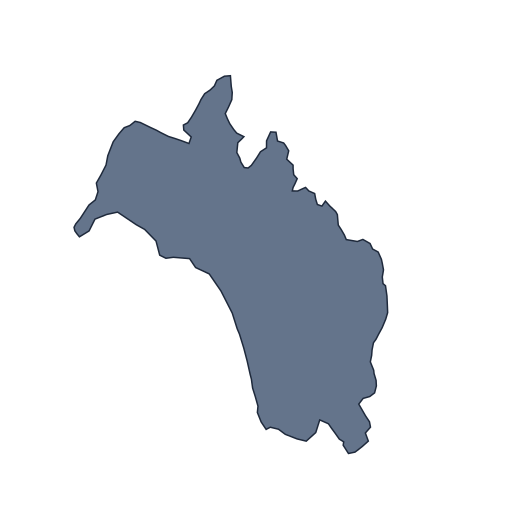 Episkopi Lemesou, Limassol, Cyprus, rotated 24°
{"feature_id": "46923920B6268683542966", "entity_name": "Episkopi Lemesou", "entity_type": "district", "adm_level": 2, "iso_a3": "CYP", "parent_name": "Cyprus", "parent_adm1": "Limassol", "projection": "robinson", "projection_center": [32.883, 34.674], "detail": "fine", "context": "isolated", "style": "filled", "palette": "slate", "viewbox_px": 512, "rotation_deg": 24, "n_neighbors": 0, "source": "geoboundaries", "source_scale": "gbopen_adm2", "svg_char_len": 2295}
<svg xmlns="http://www.w3.org/2000/svg" viewBox="0 0 512 512"><g transform="rotate(24 256 256)"><path d="M78.1,303.8L80.3,306.7L83.3,308.5L86.9,310.3L93.3,301.0L93.9,287.8L102.7,278.8L111.7,272.2L133.8,276.1L143.5,277.0L158.6,283.0L167.7,294.4L174.6,294.7L181.0,290.8L196.4,285.4L205.5,291.1L220.6,291.4L238.2,302.2L257.5,317.8L268.4,330.1L272.6,334.0L282.3,345.1L290.7,355.6L298.8,366.5L301.9,370.4L306.6,378.0L312.6,384.8L318.9,392.4L320.9,398.4L328.2,405.5L335.8,410.3L336.3,409.6L338.7,406.6L347.0,405.1L355.3,407.0L367.9,406.4L377.2,404.7L382.4,393.0L380.9,379.8L390.4,379.8L394.8,382.5L400.4,385.7L406.6,389.4L411.7,390.1L412.6,393.4L420.8,398.8L426.2,394.9L428.4,390.9L430.6,386.7L433.9,379.4L427.9,373.2L430.2,365.8L427.1,361.3L421.1,357.5L410.1,349.5L411.8,342.5L417.1,338.1L420.0,332.8L418.8,325.7L417.5,323.2L416.3,320.8L411.6,315.3L410.0,312.5L403.5,306.2L402.1,299.8L400.2,294.5L398.6,287.5L399.5,283.2L399.8,277.6L400.4,270.2L400.2,260.9L399.3,254.2L396.4,248.3L391.9,239.3L386.4,230.5L383.3,229.6L379.9,223.8L379.1,220.6L378.1,216.8L374.4,211.4L371.9,208.0L366.0,202.7L359.7,202.2L355.1,198.2L346.9,197.4L342.7,201.5L331.8,204.3L328.2,200.9L323.1,197.2L318.6,194.3L316.7,190.9L313.5,185.1L310.7,183.0L302.8,180.2L297.1,177.6L295.9,183.6L291.1,184.0L287.5,179.9L284.2,175.1L277.8,175.1L273.4,173.2L272.0,174.7L267.6,179.7L262.7,181.8L262.0,178.4L262.2,174.2L262.2,168.6L257.4,166.4L254.5,161.4L252.9,157.9L244.7,155.1L243.1,146.6L238.3,143.2L238.0,143.0L235.3,141.5L228.9,142.2L225.8,137.6L223.9,134.8L218.9,136.7L218.8,146.5L221.6,152.9L217.7,158.9L216.7,166.1L214.9,175.1L213.0,178.8L209.3,180.0L204.0,176.4L201.4,173.2L196.4,169.3L193.3,159.9L195.3,155.0L196.4,151.9L188.4,151.6L184.2,149.5L178.2,145.8L174.2,142.4L170.0,138.4L170.3,130.8L170.3,123.0L167.8,116.3L164.4,111.1L159.3,101.7L154.0,104.6L148.8,111.4L148.8,117.6L146.6,123.0L143.1,128.6L142.1,135.3L142.0,140.1L141.5,147.0L140.6,155.4L139.4,162.1L136.4,165.9L138.8,170.3L148.4,173.6L149.0,180.5L141.0,181.0L134.3,181.6L127.4,182.4L118.3,182.0L114.0,181.6L107.0,181.5L96.0,181.1L90.8,182.1L87.7,188.1L83.4,192.4L81.1,200.1L79.1,209.7L79.5,218.4L79.8,224.6L82.0,233.9L81.4,245.1L80.5,254.3L85.5,261.5L86.4,270.1L82.7,277.3L80.2,293.0L78.3,299.9L78.1,303.8Z" fill="#64748b" stroke="#1e293b" stroke-width="1.5"/></g></svg>